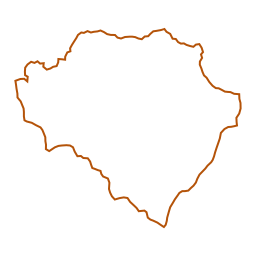 Urupês, São Paulo, Brazil (Natural Earth projection)
{"feature_id": "56859067B23946019327123", "entity_name": "Urupês", "entity_type": "district", "adm_level": 2, "iso_a3": "BRA", "parent_name": "Brazil", "parent_adm1": "São Paulo", "projection": "natural_earth1", "projection_center": [-49.27, -21.219], "detail": "fine", "context": "isolated", "style": "outline", "palette": "amber", "viewbox_px": 256, "rotation_deg": 0, "n_neighbors": 0, "source": "geoboundaries", "source_scale": "gbopen_adm2", "svg_char_len": 2238}
<svg xmlns="http://www.w3.org/2000/svg" viewBox="0 0 256 256"><path d="M230.5,92.1L227.7,91.9L224.9,91.6L222.0,90.0L218.7,88.3L215.8,88.1L212.6,85.8L209.3,82.0L206.6,77.7L204.0,75.4L202.5,71.9L201.4,68.5L199.8,64.7L199.9,61.5L202.1,57.9L201.0,54.4L203.0,52.1L201.6,47.7L199.3,44.1L195.9,44.6L193.4,46.8L190.0,46.0L186.5,44.9L183.9,43.4L180.9,43.6L178.1,42.1L175.8,39.0L172.6,38.7L170.2,33.9L166.5,31.8L164.4,29.0L160.7,30.1L156.3,30.9L153.3,31.3L150.3,33.9L148.2,36.2L144.7,36.5L141.8,39.2L138.4,38.5L135.2,37.1L132.4,36.7L129.3,36.7L125.0,37.0L121.0,38.5L117.5,37.6L115.0,35.0L110.7,34.9L107.1,34.1L104.0,32.1L100.5,30.5L97.5,31.4L93.8,31.8L90.9,32.5L87.5,31.1L83.9,32.9L81.3,32.5L78.0,34.9L76.3,38.1L74.1,41.5L71.9,45.0L70.1,48.3L70.4,51.3L67.3,52.4L65.2,56.7L65.1,59.7L62.1,59.3L58.4,59.0L58.2,62.4L56.6,66.1L53.1,66.8L50.4,68.5L46.8,69.6L43.3,66.7L43.7,63.2L40.1,63.6L37.5,61.3L34.5,62.9L31.1,61.8L27.5,64.5L25.2,67.7L24.9,71.6L25.1,75.2L27.7,76.7L27.3,81.4L24.2,78.8L20.3,79.0L15.4,80.8L16.0,84.6L16.5,88.5L17.4,93.6L17.5,97.5L20.7,101.4L22.2,105.1L23.6,108.5L23.9,111.9L23.9,116.4L24.5,120.3L26.8,121.5L31.8,122.8L36.0,125.2L40.5,127.4L42.4,130.0L43.6,132.9L45.3,137.2L45.4,141.2L46.0,144.7L45.9,149.1L49.2,151.1L54.9,147.3L58.5,145.9L61.8,145.5L66.4,145.2L70.0,145.5L73.0,147.3L74.7,151.6L77.4,156.2L80.9,156.0L83.3,158.0L87.8,158.3L90.1,161.5L91.2,165.0L92.3,168.0L95.1,169.0L97.8,170.1L100.5,170.9L101.3,173.9L103.1,176.5L107.9,178.5L109.4,182.7L109.0,189.0L110.1,192.6L111.9,196.3L114.8,199.5L119.6,198.1L123.8,197.4L127.5,198.0L130.1,201.9L134.0,205.5L136.6,208.0L138.8,211.2L144.4,210.6L146.5,212.2L147.8,217.6L150.4,219.6L153.1,220.6L157.4,222.6L160.7,224.9L163.9,227.0L165.7,224.8L166.8,220.8L167.2,217.6L169.0,211.2L170.2,207.2L173.0,202.6L174.9,199.3L177.4,195.8L179.4,192.9L182.3,191.1L185.2,191.1L188.3,190.6L190.9,188.0L193.5,185.7L195.9,182.5L197.3,178.8L199.5,174.6L202.4,171.6L205.3,168.6L207.5,165.7L211.2,162.2L212.7,159.9L214.0,156.5L215.1,152.4L216.7,147.5L218.2,143.2L219.8,138.5L220.9,132.9L224.5,129.0L228.2,127.0L231.2,126.8L234.2,126.2L237.0,125.5L236.6,122.1L236.4,117.8L239.2,113.6L240.6,108.5L240.5,103.0L239.4,98.9L239.2,94.2L234.1,93.8L230.5,92.1Z" fill="none" stroke="#b45309" stroke-width="2"/></svg>